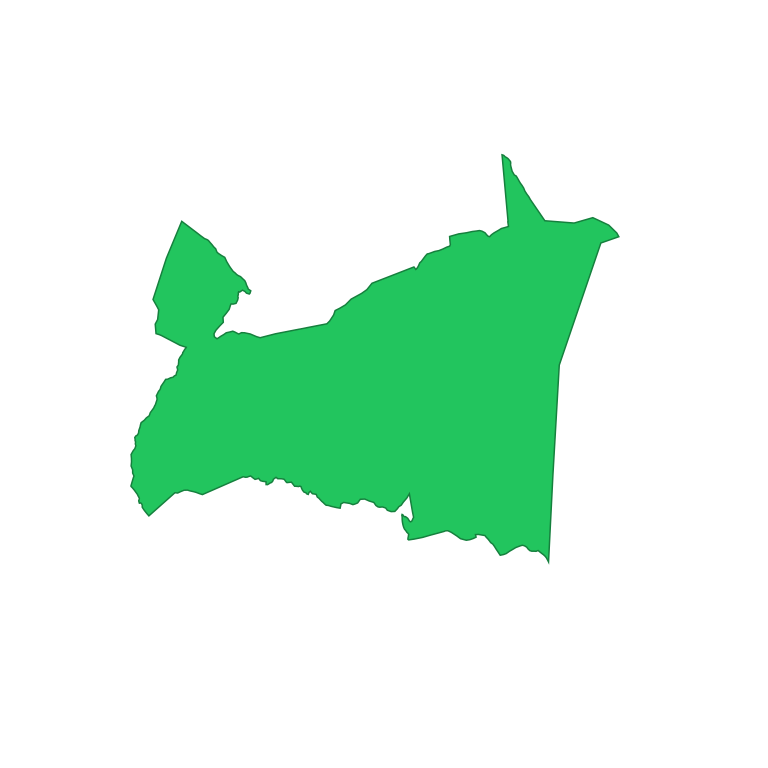 Santo Domingo Ozolotepec, Oaxaca, Mexico (orthographic projection), rotated 338°
{"feature_id": "50627088B93976403698090", "entity_name": "Santo Domingo Ozolotepec", "entity_type": "district", "adm_level": 2, "iso_a3": "MEX", "parent_name": "Mexico", "parent_adm1": "Oaxaca", "projection": "orthographic", "projection_center": [-96.329, 16.176], "detail": "fine", "context": "isolated", "style": "filled", "palette": "green", "viewbox_px": 768, "rotation_deg": 338, "n_neighbors": 0, "source": "geoboundaries", "source_scale": "gbopen_adm2", "svg_char_len": 5343}
<svg xmlns="http://www.w3.org/2000/svg" viewBox="0 0 768 768"><g transform="rotate(338 384 384)"><path d="M579.3,215.7L559.9,279.8L559.6,279.9L558.4,284.6L554.4,284.2L551.1,283.8L547.7,284.4L542.6,285.1L539.4,285.9L537.2,287.0L535.8,285.9L535.1,284.1L534.3,281.6L532.1,279.0L530.0,277.5L526.7,276.7L523.0,275.7L517.2,274.7L509.5,272.8L500.1,271.8L499.1,274.9L497.7,279.7L496.5,280.8L493.4,280.6L489.0,280.9L484.9,280.9L480.7,280.1L477.2,280.0L474.3,279.9L472.8,279.6L470.7,280.6L468.0,282.2L464.6,284.3L462.5,285.1L460.6,287.0L459.2,288.2L457.7,289.2L456.4,289.7L455.6,286.7L410.6,286.1L403.5,290.1L397.2,291.6L385.3,293.0L377.9,296.2L371.2,297.2L366.2,297.6L363.2,301.1L357.3,305.2L353.6,306.8L302.2,296.8L286.5,294.7L283.6,292.4L278.7,287.5L276.3,285.9L273.8,284.2L271.0,283.0L268.1,283.3L266.8,281.9L265.4,280.2L263.6,278.4L260.4,278.0L256.9,277.4L254.1,278.1L250.0,278.7L248.5,279.1L246.1,279.5L244.4,276.6L245.2,273.7L248.3,271.2L253.5,268.6L258.1,266.6L259.7,261.8L264.1,259.4L268.4,256.8L271.1,253.5L272.2,252.5L274.1,253.4L277.0,253.8L279.7,251.4L281.1,249.4L281.4,247.6L282.3,246.8L283.2,244.6L283.8,244.0L284.6,244.7L288.0,244.0L289.8,246.2L290.5,248.2L292.8,250.1L293.6,249.8L295.4,247.7L293.7,245.1L293.8,243.7L293.6,241.0L293.8,238.2L293.6,235.9L292.8,234.3L291.2,230.7L289.5,228.9L288.4,227.3L287.7,225.5L286.3,223.0L285.3,219.1L284.8,216.8L284.0,211.6L283.9,208.9L283.8,206.9L281.7,204.3L279.3,200.8L278.5,199.0L278.6,195.6L277.5,193.1L276.7,190.3L275.7,187.5L275.0,185.2L273.9,183.7L272.1,182.0L269.5,177.8L267.6,174.5L257.4,157.4L229.4,185.8L201.5,219.1L202.6,227.5L202.9,230.8L198.3,239.4L194.3,242.8L191.5,251.9L194.2,254.1L195.8,255.7L204.4,265.8L209.3,271.6L214.4,275.9L213.4,276.7L212.4,277.1L210.5,278.6L209.2,279.5L208.7,280.3L208.1,280.9L204.9,282.8L202.6,284.8L201.9,286.6L201.3,287.7L200.5,289.3L199.7,289.9L198.7,290.4L198.3,291.1L198.2,292.5L197.9,293.8L195.9,295.8L195.1,297.0L194.6,297.8L194.2,297.8L192.5,298.0L191.0,298.7L188.5,298.3L185.1,298.5L183.3,297.9L180.8,299.7L177.6,301.8L176.3,302.7L174.9,304.6L173.9,305.5L172.3,306.3L168.5,309.7L168.3,311.7L167.8,313.3L164.3,317.5L163.0,318.5L161.6,319.9L156.6,323.0L154.4,325.5L150.9,326.4L148.8,327.5L147.9,327.9L144.4,328.8L143.0,330.5L141.7,332.5L139.3,335.2L137.9,337.7L135.9,339.1L134.7,339.1L132.9,340.2L132.5,342.1L132.0,343.2L132.0,344.6L131.0,346.4L130.8,348.3L128.8,350.6L126.6,351.8L123.1,354.6L122.0,358.3L120.7,361.7L118.8,365.3L118.8,369.4L117.6,372.4L117.7,375.7L116.4,377.1L113.7,380.5L111.2,383.7L111.1,384.3L111.7,385.6L112.7,388.7L114.0,393.9L114.1,395.9L114.4,398.1L114.1,398.8L113.7,399.4L113.1,400.0L112.8,400.5L112.5,402.8L112.8,403.0L113.1,403.0L113.5,402.9L114.3,403.8L114.5,405.2L114.2,406.5L113.8,407.3L113.7,407.8L114.4,411.3L115.6,415.3L116.6,418.2L149.4,406.5L151.9,407.8L154.8,407.6L158.9,407.6L162.1,408.8L164.2,410.5L167.1,412.5L169.2,414.1L171.8,416.5L174.2,418.5L218.6,417.2L220.7,418.6L222.3,419.1L224.1,419.1L225.9,419.3L226.9,421.1L227.3,421.8L228.7,424.1L230.7,424.4L232.4,424.5L233.2,427.3L235.1,428.8L238.0,430.4L237.0,433.1L238.4,433.7L241.7,433.1L242.9,433.2L244.7,432.2L245.7,430.9L248.9,430.1L250.0,432.0L253.3,433.4L255.6,434.8L256.1,436.2L256.5,438.0L257.1,439.1L261.4,440.3L261.8,441.8L262.2,443.2L262.8,445.3L264.6,446.1L266.4,447.1L267.6,447.1L268.6,448.0L268.5,450.2L268.7,452.2L269.4,454.4L270.8,455.4L271.1,456.8L272.4,458.0L273.9,456.4L275.5,455.9L275.9,457.2L276.5,458.9L279.8,460.9L279.8,463.8L280.9,465.6L281.4,467.0L282.3,469.4L283.3,471.3L283.9,472.8L284.9,474.7L286.8,475.7L289.4,477.8L293.7,480.8L296.8,482.7L298.5,480.2L299.0,479.1L302.2,478.7L307.4,481.8L310.0,484.2L312.2,484.4L315.0,484.4L318.8,482.0L323.1,483.5L326.4,486.9L330.2,490.0L331.0,493.6L332.4,495.7L333.8,496.6L336.5,497.4L339.1,499.6L339.8,502.3L342.8,505.0L346.3,506.2L349.6,504.7L351.8,503.3L354.6,502.8L357.6,500.8L362.4,498.3L366.4,495.3L362.5,513.3L361.5,518.7L360.7,519.4L359.8,520.2L358.9,521.2L357.9,521.7L356.9,521.7L356.2,520.4L356.0,519.1L355.7,517.5L355.0,516.2L354.2,515.0L353.4,514.8L352.7,513.7L352.5,512.4L351.9,511.7L351.4,512.3L351.0,514.1L350.1,516.4L349.6,518.0L349.2,519.6L348.8,521.8L348.6,523.8L348.6,526.0L349.3,528.3L349.7,530.2L350.3,531.4L350.6,532.6L349.9,533.6L349.7,534.1L349.2,534.8L348.8,535.4L348.4,536.1L348.0,537.0L348.5,537.8L353.9,539.1L362.4,540.7L370.3,541.5L377.6,542.4L384.4,543.2L386.1,543.2L388.3,544.0L390.8,546.7L394.5,552.0L397.0,556.1L401.8,559.7L405.3,560.5L408.9,560.7L412.0,560.5L412.4,557.9L415.1,558.8L420.8,562.3L421.4,564.4L422.3,566.6L423.0,568.9L423.5,571.0L424.9,573.2L425.6,576.1L426.1,579.1L426.5,580.9L427.6,586.3L430.9,586.9L433.8,587.0L437.7,586.1L441.2,585.6L444.9,585.0L449.4,585.1L451.8,585.3L453.5,586.5L455.2,588.7L455.8,591.0L456.8,593.1L458.4,594.4L460.5,595.2L462.3,596.1L464.5,596.1L465.6,598.1L466.8,600.2L467.9,602.0L468.8,603.9L469.4,605.8L469.7,608.3L469.9,610.6L506.5,531.7L553.6,432.1L637.9,334.5L656.9,335.4L656.4,331.2L651.9,320.9L644.5,312.9L639.9,308.0L620.6,306.0L594.3,292.9L588.8,267.9L588.4,264.6L587.6,261.6L586.9,258.0L586.9,254.6L586.3,251.3L585.7,249.0L585.4,247.2L584.9,243.3L584.5,240.7L583.1,239.0L582.8,236.7L582.5,234.8L582.9,231.7L583.2,229.4L583.6,227.8L584.3,226.5L584.6,225.0L584.1,223.6L583.7,222.2L583.3,221.3L582.5,220.0L581.4,218.7L580.8,217.1L580.3,216.5L579.3,215.7Z" fill="#22c55e" stroke="#15803d" stroke-width="1.5"/></g></svg>